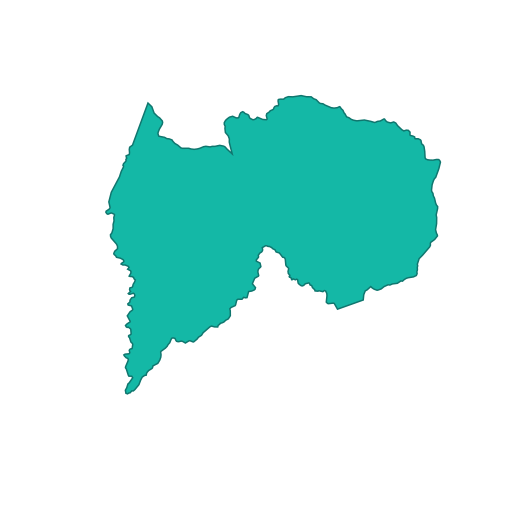 Santiago, Putumayo, Colombia, rotated 113°
{"feature_id": "7082276B6069538576370", "entity_name": "Santiago", "entity_type": "district", "adm_level": 2, "iso_a3": "COL", "parent_name": "Colombia", "parent_adm1": "Putumayo", "projection": "orthographic", "projection_center": [-76.991, 1.09], "detail": "fine", "context": "isolated", "style": "filled", "palette": "teal", "viewbox_px": 512, "rotation_deg": 113, "n_neighbors": 0, "source": "geoboundaries", "source_scale": "gbopen_adm2", "svg_char_len": 6098}
<svg xmlns="http://www.w3.org/2000/svg" viewBox="0 0 512 512"><g transform="rotate(113 256 256)"><path d="M96.4,124.1L95.8,125.5L96.7,127.7L98.6,130.5L99.7,133.3L100.4,135.8L100.3,137.9L99.4,138.8L93.7,141.6L89.8,144.0L88.7,145.2L88.0,147.4L85.2,149.3L84.8,150.2L84.7,152.5L85.8,155.1L85.8,155.6L84.4,156.5L84.3,158.4L84.7,161.0L84.3,161.6L81.8,162.6L80.8,164.9L81.4,166.8L83.1,168.8L82.8,171.0L80.7,176.6L79.0,179.3L78.9,180.4L78.8,181.6L80.9,184.1L81.4,187.5L80.8,189.5L79.7,191.2L80.0,191.9L83.2,194.4L84.7,196.9L85.9,197.9L86.8,199.1L87.2,202.9L88.5,209.4L92.2,216.0L92.9,219.3L93.0,221.7L92.4,224.4L92.5,227.0L90.4,229.6L89.8,230.9L87.9,232.9L87.1,235.1L85.9,236.9L85.9,237.5L87.7,239.1L89.4,242.0L90.1,244.8L90.1,251.3L89.7,253.9L90.4,256.1L90.4,257.4L88.6,261.7L88.7,264.4L87.9,267.4L89.7,271.8L90.7,277.1L95.1,284.3L96.7,288.5L98.9,290.9L100.9,291.9L102.1,294.9L103.1,296.4L103.5,296.6L104.8,296.2L107.6,294.4L108.8,294.3L109.3,294.5L109.6,295.6L110.9,297.0L112.2,297.4L113.8,297.3L114.7,297.7L116.8,299.7L118.1,300.0L120.8,301.7L122.7,301.4L125.4,299.4L126.0,299.3L126.5,299.7L127.7,303.2L127.7,308.8L128.1,309.2L129.3,309.5L130.6,310.5L131.4,311.3L131.8,312.4L131.6,315.1L131.2,316.0L129.4,317.6L129.0,318.7L129.1,321.8L128.4,323.5L128.4,324.7L130.0,326.0L131.9,326.3L135.1,326.0L135.9,326.5L136.6,328.2L136.5,332.1L138.6,334.7L140.8,336.0L143.0,337.0L145.7,337.3L147.3,336.6L148.6,335.1L150.8,334.4L154.3,332.4L156.2,328.6L158.6,326.3L161.6,325.1L163.3,323.9L171.3,317.8L169.0,324.3L167.7,327.0L167.5,328.6L168.3,332.6L171.1,336.6L172.2,339.2L173.5,340.8L174.6,345.0L175.9,347.0L178.6,349.6L180.3,351.7L182.0,354.6L182.9,357.7L183.1,360.0L185.7,366.0L185.8,367.4L184.5,371.4L184.1,374.7L182.8,377.6L182.1,378.3L182.0,379.2L182.1,381.6L182.8,384.0L182.5,386.5L183.7,392.3L181.8,394.0L180.4,394.4L177.0,394.5L171.5,393.8L169.6,394.1L168.3,395.0L166.5,398.7L166.1,401.0L164.2,405.7L159.3,410.2L157.4,415.2L202.2,413.0L205.2,414.8L207.4,414.3L210.3,412.8L212.1,412.3L214.5,414.7L215.5,414.2L216.4,413.2L217.9,413.5L218.9,412.9L219.8,412.9L222.8,414.0L224.5,413.9L224.8,413.2L225.9,412.8L230.7,413.1L236.5,412.6L253.9,414.1L263.7,412.6L268.5,409.2L269.9,409.3L273.4,411.5L274.5,411.2L275.4,409.7L275.4,408.6L272.9,406.1L272.9,403.2L273.4,402.3L276.2,401.9L279.2,400.4L282.7,399.9L286.6,398.2L291.1,397.7L293.3,398.3L294.8,397.5L296.0,396.3L299.5,389.1L301.0,387.4L303.4,386.3L306.8,387.9L309.2,387.9L310.0,387.3L310.6,385.3L311.7,383.9L311.0,380.0L311.3,376.8L312.3,375.6L313.1,375.5L315.4,377.0L316.1,377.1L316.3,375.0L315.4,372.9L315.4,369.5L316.1,368.4L318.3,369.0L318.6,365.7L319.3,365.0L320.7,364.5L324.1,364.9L324.1,364.1L323.3,361.8L323.7,360.2L324.8,359.1L325.1,357.8L327.2,357.6L330.0,358.0L332.5,357.6L333.4,358.0L334.6,359.6L336.2,359.3L337.2,358.5L337.6,357.6L340.5,358.9L340.8,358.0L340.5,357.1L338.2,354.4L338.3,353.4L339.6,352.1L341.3,351.9L343.0,354.1L345.9,354.7L347.6,354.1L350.2,355.3L351.1,354.5L350.6,351.1L353.2,348.6L354.3,348.7L356.4,350.1L361.4,351.1L365.3,346.3L366.0,346.2L368.7,348.1L370.9,349.0L371.9,347.8L372.1,346.7L371.4,345.8L372.0,343.3L372.5,342.6L376.5,340.5L377.7,340.9L378.5,341.8L379.2,342.1L380.1,341.7L380.5,340.6L384.1,337.5L384.8,335.6L385.6,334.9L389.6,333.9L390.7,335.3L391.4,335.7L392.4,335.8L394.1,334.5L394.8,334.4L395.7,334.8L397.5,338.2L398.7,339.0L399.4,338.1L400.4,335.8L400.4,334.0L401.0,333.2L402.6,332.8L408.7,332.8L409.9,332.5L410.7,331.2L415.5,327.1L416.3,326.0L415.2,323.4L416.3,321.9L422.4,323.2L423.8,323.9L427.9,323.5L430.6,323.8L433.2,322.1L433.1,320.4L431.8,319.5L431.2,318.5L428.7,317.6L428.1,316.2L426.3,315.3L420.2,313.5L415.3,313.7L411.9,313.4L409.4,311.8L408.6,310.5L406.8,310.9L405.6,310.8L403.3,310.0L400.2,307.8L399.3,307.6L397.4,307.9L393.1,304.4L389.4,303.9L386.4,304.1L384.1,304.8L381.5,306.3L380.9,306.2L376.2,303.4L373.8,302.5L371.8,302.3L369.5,301.5L366.1,301.6L364.6,301.4L363.8,300.4L363.5,298.4L365.0,296.7L365.5,295.9L365.5,295.0L365.1,293.7L363.5,291.5L363.3,289.9L363.7,287.0L360.5,284.7L359.8,283.8L359.7,280.3L359.4,279.8L355.6,277.8L353.2,277.2L350.3,275.2L347.3,274.7L339.1,270.7L337.9,269.6L337.5,266.6L336.3,263.5L334.6,263.7L332.9,262.7L332.0,262.6L330.4,260.7L329.0,259.6L327.0,258.8L324.7,256.9L321.0,256.3L316.4,258.3L314.9,259.5L313.2,258.9L309.8,255.8L308.9,255.7L304.2,256.5L302.8,255.7L301.3,252.0L298.9,251.2L298.6,249.3L297.8,248.0L291.6,248.9L289.9,246.2L287.9,244.3L287.0,243.9L285.3,244.1L283.1,248.3L282.7,248.5L277.0,248.5L273.6,245.9L272.9,245.9L270.2,247.9L268.7,248.5L266.6,248.5L264.6,247.5L263.8,247.4L260.9,249.5L260.6,253.7L259.6,254.2L256.5,253.3L255.8,253.3L254.4,254.2L253.9,254.1L251.6,253.5L250.1,252.4L248.6,252.1L247.5,252.4L245.9,253.5L242.9,251.3L242.4,250.1L242.5,248.5L242.0,247.8L242.1,244.9L242.7,243.7L242.9,240.9L244.4,239.1L244.1,235.6L246.7,231.0L246.4,229.6L246.8,228.5L247.7,227.7L252.7,225.0L253.4,224.2L254.4,221.5L254.9,221.0L257.7,220.5L259.5,219.4L260.5,217.3L261.9,217.4L262.4,216.9L262.2,216.4L262.5,215.1L263.9,213.9L263.7,213.4L262.6,212.9L262.5,210.4L261.5,209.6L261.5,208.5L264.5,206.6L265.2,205.1L265.7,202.7L265.4,201.6L264.4,200.6L262.2,199.7L260.2,196.9L260.2,196.3L261.6,194.8L261.4,193.6L261.7,192.9L263.0,191.7L264.1,188.8L265.1,188.0L264.2,185.2L263.4,184.5L262.7,180.5L261.1,179.6L261.0,178.3L262.8,176.2L265.0,175.1L271.0,173.3L271.7,171.6L271.6,170.7L269.2,166.5L269.1,165.4L273.1,160.2L254.6,140.1L249.5,141.7L245.4,141.8L243.8,140.5L239.3,138.4L240.0,136.6L240.4,134.2L240.2,131.2L239.7,130.4L237.4,127.9L234.2,126.2L230.9,123.2L230.4,121.4L228.4,119.5L225.9,115.2L222.4,112.9L221.9,111.3L219.9,110.4L217.9,109.0L216.6,107.5L213.7,102.9L211.3,100.8L209.3,100.8L207.6,101.8L205.7,102.0L203.4,103.1L201.9,103.3L200.5,104.3L194.7,104.8L190.2,103.0L179.8,99.7L178.1,99.6L176.1,100.5L175.2,100.5L171.0,98.0L166.6,96.8L165.7,97.4L164.5,98.8L161.6,101.0L155.7,102.4L150.0,104.7L147.8,106.2L141.3,107.4L139.5,108.1L138.6,109.8L137.0,111.4L133.0,114.3L131.3,116.3L129.2,117.6L127.9,119.5L126.7,120.2L121.7,121.7L117.4,122.1L115.3,122.0L113.4,121.3L104.2,121.8L97.5,122.9L96.4,124.1Z" fill="#14b8a6" stroke="#0f766e" stroke-width="1.5"/></g></svg>